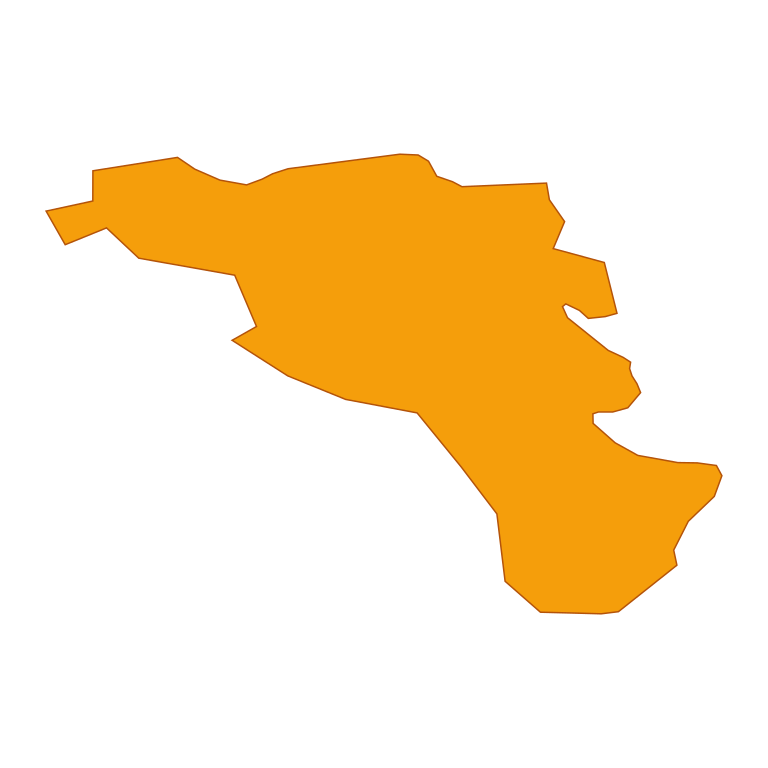 the Municipality of Ozolnieku
{"feature_id": "LVA-5737", "entity_name": "Ozolnieku", "entity_type": "Municipality", "adm_level": 1, "iso_a3": "LVA", "parent_name": "Latvia", "parent_adm1": "", "projection": "equal_earth", "projection_center": [23.952, 56.624], "detail": "fine", "context": "isolated", "style": "filled", "palette": "amber", "viewbox_px": 768, "rotation_deg": 0, "n_neighbors": 0, "source": "natural_earth", "source_scale": "10m", "svg_char_len": 932}
<svg xmlns="http://www.w3.org/2000/svg" viewBox="0 0 768 768"><path d="M546.5,183.1L549.4,199.8L564.6,221.6L553.2,248.6L604.3,262.5L617.0,313.3L605.3,316.6L588.3,318.4L579.4,310.4L565.8,303.9L562.5,306.6L567.5,317.7L608.2,350.4L623.2,357.4L630.6,362.2L629.6,368.6L632.0,375.9L637.0,383.8L640.6,392.6L627.8,407.8L612.7,412.0L598.4,412.0L592.9,413.8L593.1,423.4L615.1,442.8L637.8,455.4L677.8,462.6L697.3,462.9L716.4,465.5L721.9,475.7L714.3,496.4L688.3,521.3L673.7,550.1L676.9,565.2L618.4,611.7L601.2,613.8L579.6,613.2L540.4,612.2L505.1,581.3L496.9,513.9L461.1,466.8L417.1,412.9L345.6,399.4L287.8,375.9L232.1,340.3L256.5,326.5L234.7,275.2L138.8,258.2L106.5,227.9L65.2,244.7L46.1,211.1L92.8,201.0L92.9,170.8L177.5,157.4L194.7,169.1L219.9,180.1L246.6,184.9L262.0,179.2L272.7,173.7L288.2,168.7L399.8,154.2L418.2,155.0L428.5,161.2L436.8,176.3L452.5,181.7L462.0,186.7L546.5,183.1Z" fill="#f59e0b" stroke="#b45309" stroke-width="1.5"/></svg>